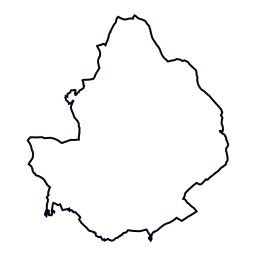 Iclanzel, Mures, Romania
{"feature_id": "2599482B66807271844758", "entity_name": "Iclanzel", "entity_type": "district", "adm_level": 2, "iso_a3": "ROU", "parent_name": "Romania", "parent_adm1": "Mures", "projection": "albers", "projection_center": [24.269, 46.544], "detail": "fine", "context": "isolated", "style": "outline", "palette": "ink", "viewbox_px": 256, "rotation_deg": 0, "n_neighbors": 0, "source": "geoboundaries", "source_scale": "gbopen_adm2", "svg_char_len": 5708}
<svg xmlns="http://www.w3.org/2000/svg" viewBox="0 0 256 256"><path d="M196.6,211.5L196.3,211.2L196.0,210.4L193.9,208.1L190.7,205.7L189.5,204.3L188.4,203.4L187.2,202.7L186.0,200.7L185.4,199.9L185.1,199.6L183.2,198.8L184.3,197.0L185.3,193.3L185.5,192.8L187.9,190.5L188.2,189.9L190.3,188.2L193.3,185.4L196.7,182.9L198.9,184.2L199.6,184.4L200.9,184.3L201.5,183.9L202.1,183.4L206.0,179.3L207.4,179.8L207.7,179.7L208.7,178.5L210.9,176.6L213.6,174.6L214.8,173.5L218.0,171.2L219.2,170.0L220.4,168.5L221.0,167.9L221.8,167.4L222.3,166.9L223.2,166.6L224.0,165.8L225.7,164.6L225.9,164.2L226.1,162.7L226.5,162.0L227.5,160.5L227.6,159.1L227.5,157.0L227.0,154.9L226.7,152.7L226.3,151.6L226.1,150.1L226.1,149.5L226.2,148.3L227.5,146.6L228.1,145.2L228.2,144.7L228.2,144.4L227.6,143.0L227.2,141.2L226.4,140.1L226.0,137.3L225.7,136.8L225.1,136.2L225.1,135.5L224.8,135.1L223.9,134.3L221.9,133.1L221.3,132.5L220.4,131.9L220.0,131.6L219.9,131.1L220.0,130.9L220.4,130.8L221.1,131.1L221.7,131.6L222.2,131.6L222.4,131.4L222.7,130.8L223.0,129.7L222.7,126.5L222.1,124.7L221.7,124.2L221.6,123.6L221.7,122.9L221.7,121.9L221.9,120.5L221.9,119.6L222.0,119.1L222.4,118.5L222.4,118.2L222.2,117.4L221.8,116.4L221.0,115.3L220.9,115.1L221.4,114.5L221.9,113.0L222.2,112.7L222.2,112.2L221.2,109.8L221.2,109.4L216.5,104.1L213.1,100.2L211.2,98.1L209.9,96.4L209.2,95.7L207.6,94.5L204.0,91.1L202.0,89.9L201.2,89.2L200.1,87.9L198.5,85.3L197.7,82.7L197.2,79.9L197.2,79.2L197.5,78.2L197.5,77.7L196.7,75.0L196.4,71.8L195.8,70.1L189.5,64.3L188.1,62.2L184.6,60.4L183.9,60.5L183.0,60.8L182.3,60.9L181.6,60.6L180.6,59.9L179.9,59.6L179.3,59.4L176.4,59.1L174.6,60.1L172.1,60.5L167.9,61.5L167.7,61.4L166.0,59.5L165.4,59.2L164.6,58.4L163.0,56.5L162.1,55.1L161.0,52.7L160.0,49.8L159.2,48.2L157.4,45.6L156.5,44.7L156.2,44.0L155.9,43.7L155.3,42.5L154.9,42.0L152.8,38.9L152.0,37.0L151.0,33.2L150.2,29.6L149.1,26.2L148.7,25.6L147.0,23.7L146.6,23.2L146.4,22.5L145.2,21.0L144.3,20.5L141.8,19.4L138.3,18.4L135.5,15.9L134.6,15.4L133.1,17.4L133.1,18.6L129.6,18.5L125.5,19.5L124.8,19.5L123.5,19.2L120.6,18.2L118.2,16.8L117.1,17.9L116.4,19.4L116.0,21.7L115.8,22.2L115.2,23.2L113.9,24.7L110.4,31.5L110.4,32.0L110.1,32.0L109.2,34.2L108.7,35.9L108.8,36.1L108.1,38.6L107.5,40.3L105.9,44.0L105.6,45.2L105.4,45.3L105.3,45.1L104.8,44.4L104.3,44.1L103.6,43.9L103.0,43.9L102.6,44.0L101.5,44.8L99.9,45.0L98.2,45.7L97.1,45.9L97.1,46.0L97.5,46.8L98.4,48.7L99.6,50.7L100.0,52.0L100.1,53.6L100.0,55.9L99.9,56.2L99.1,57.5L98.4,59.2L98.1,60.9L98.0,61.7L98.1,62.6L99.1,67.3L99.4,67.6L99.4,67.9L99.1,68.6L97.1,71.8L96.6,72.4L95.7,74.4L95.1,75.3L94.9,76.3L94.6,76.9L94.1,77.8L93.2,78.9L90.1,79.5L87.9,79.7L84.1,79.8L83.4,79.9L82.5,80.3L83.0,81.8L83.4,82.7L83.3,84.1L83.6,84.5L83.8,85.8L84.1,85.9L83.9,86.9L83.6,87.3L83.4,88.1L81.4,89.6L80.6,89.9L79.5,90.6L78.7,92.2L77.7,92.7L76.9,93.5L76.4,94.6L75.5,95.0L74.9,93.1L75.6,90.7L75.4,90.1L74.4,89.9L73.1,90.3L71.1,90.3L70.7,91.0L70.4,92.0L69.8,92.8L68.9,93.2L68.1,93.5L67.6,93.9L67.4,95.8L67.3,96.8L66.0,96.2L66.1,96.6L65.2,97.5L65.6,97.9L65.8,98.5L65.9,99.7L66.2,100.2L68.8,102.6L68.8,102.9L68.9,103.8L71.2,103.1L72.8,100.9L73.0,100.7L73.3,100.9L71.8,104.2L71.0,106.6L70.9,107.3L71.1,108.6L71.8,110.8L72.9,113.0L74.3,117.2L77.9,121.5L78.8,123.9L78.8,126.1L79.5,127.8L79.4,133.3L79.1,134.4L78.8,137.7L78.9,138.9L78.8,139.7L77.9,139.6L74.3,140.0L71.4,139.9L70.4,140.0L65.7,141.7L64.7,141.9L62.5,142.9L61.3,142.8L58.0,140.4L55.8,139.3L53.5,138.4L50.8,137.9L49.9,137.8L45.1,138.2L44.2,138.0L42.0,137.2L35.5,137.4L30.6,137.2L29.3,138.4L28.4,139.5L28.2,139.9L27.8,140.3L28.3,141.4L30.1,144.0L31.2,146.7L31.3,147.8L31.7,148.9L31.8,149.6L32.1,150.8L32.7,151.6L32.8,152.2L33.0,152.5L33.1,153.5L32.7,157.7L32.5,158.3L29.5,162.6L28.7,164.1L31.1,166.1L31.5,166.6L32.0,168.2L32.5,169.0L32.6,169.6L32.6,170.7L32.8,171.2L33.8,172.9L35.1,173.7L35.2,173.9L35.3,174.5L35.5,174.9L37.0,175.7L38.3,175.9L38.8,176.1L39.7,176.7L41.7,177.7L44.1,179.7L44.6,180.3L45.2,181.8L45.6,182.0L46.4,183.6L46.9,184.1L47.1,184.7L47.2,184.9L49.0,186.5L50.0,187.3L49.0,189.5L48.4,191.8L48.1,194.4L48.2,194.6L48.6,195.0L46.7,197.5L47.3,198.3L48.0,199.5L47.7,201.9L47.0,204.3L46.8,205.6L46.9,207.8L46.7,209.4L46.0,211.1L44.9,214.5L46.4,216.1L47.2,213.1L48.2,210.4L49.0,210.9L48.7,211.9L48.9,213.0L49.1,215.1L51.4,215.2L51.5,214.6L51.9,214.5L51.9,211.4L54.1,212.5L54.3,211.5L51.9,209.9L52.8,204.4L53.3,202.9L55.2,203.5L56.8,204.4L57.2,204.8L57.6,205.0L58.6,204.9L60.1,204.3L62.5,210.1L67.7,209.0L67.9,209.6L68.2,209.9L68.4,209.6L68.4,209.4L69.1,208.7L69.7,210.7L70.5,209.9L71.5,210.5L71.8,210.4L72.1,210.5L72.2,210.8L72.7,211.3L72.8,211.2L73.3,211.9L73.5,212.3L75.4,212.2L79.1,215.9L80.3,217.4L80.0,217.9L79.2,219.1L79.1,219.4L79.5,219.9L79.6,220.6L80.6,221.4L81.3,222.9L82.3,223.7L84.3,225.7L86.6,227.7L87.3,228.7L87.8,229.1L88.6,230.2L89.0,230.4L89.1,230.6L89.4,230.8L92.7,231.6L93.2,232.1L93.5,232.4L94.1,232.5L94.6,232.2L94.8,232.4L94.7,232.8L94.9,233.0L95.2,233.3L95.5,233.2L95.7,233.3L95.7,234.1L95.6,234.4L95.9,235.5L96.1,235.8L99.1,237.2L100.6,236.7L102.6,239.9L104.2,239.3L104.6,240.5L106.5,239.7L107.7,239.0L108.0,238.9L109.5,240.0L111.5,240.6L112.6,240.6L114.0,239.8L114.8,239.1L115.1,238.7L116.2,238.0L117.5,237.8L118.9,236.5L119.9,236.1L119.9,235.9L120.1,235.7L122.1,234.8L122.6,233.7L124.2,232.8L126.0,232.5L127.0,231.6L127.7,230.4L128.9,230.3L132.8,230.9L139.3,231.2L141.0,231.0L146.3,229.5L147.2,230.5L147.4,231.2L148.7,233.4L149.4,234.4L150.6,235.4L148.8,238.2L150.7,240.6L151.6,238.9L151.2,238.3L151.7,234.6L153.0,232.6L153.9,231.7L154.6,231.5L154.8,231.7L157.4,230.2L160.6,227.4L163.4,225.3L165.9,223.8L167.9,223.2L169.7,222.5L172.6,220.9L175.3,219.0L176.5,217.8L181.7,220.9L188.7,216.3L189.6,215.9L196.6,211.5Z" fill="none" stroke="#020617" stroke-width="2"/></svg>